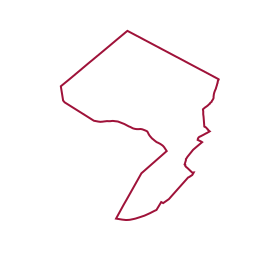 the district of General San Martín, La Rioja, Argentina, rotated 298°
{"feature_id": "61730980B53159304456053", "entity_name": "General San Martín", "entity_type": "district", "adm_level": 2, "iso_a3": "ARG", "parent_name": "Argentina", "parent_adm1": "La Rioja", "projection": "natural_earth1", "projection_center": [-66.186, -31.6], "detail": "fine", "context": "isolated", "style": "outline", "palette": "rose", "viewbox_px": 256, "rotation_deg": 298, "n_neighbors": 0, "source": "geoboundaries", "source_scale": "gbopen_adm2", "svg_char_len": 3647}
<svg xmlns="http://www.w3.org/2000/svg" viewBox="0 0 256 256"><g transform="rotate(298 128 128)"><path d="M133.3,49.1L121.8,57.8L120.9,60.0L119.0,86.3L118.4,94.4L118.6,95.2L118.9,96.0L119.1,96.8L119.4,97.6L119.6,98.4L119.9,99.2L120.2,100.0L120.5,100.8L121.0,101.5L121.4,102.2L121.9,102.9L122.4,103.6L122.9,104.3L123.3,104.9L123.8,105.6L124.3,106.3L124.6,107.1L125.0,107.8L125.4,108.6L125.8,109.3L126.3,110.0L126.8,110.7L127.2,111.4L127.5,112.2L127.8,113.0L128.1,113.8L128.4,114.5L128.7,115.3L129.0,116.1L129.1,117.0L129.2,117.8L129.3,118.6L129.4,119.5L129.5,120.3L129.6,121.2L129.7,122.0L129.8,122.9L129.8,123.7L129.8,124.6L129.8,125.4L129.8,126.2L129.8,127.1L129.8,127.9L129.9,128.8L130.0,129.6L130.0,130.5L130.0,131.3L130.0,132.2L130.1,133.0L130.3,133.8L130.5,134.6L130.8,135.4L131.1,136.2L131.5,137.0L131.9,137.7L132.3,138.5L132.8,139.1L133.1,139.9L133.4,140.7L133.6,141.5L133.7,142.4L133.8,143.2L133.9,144.1L134.0,144.9L134.0,145.8L134.0,146.6L133.6,147.3L133.1,148.0L132.6,148.7L132.1,149.4L131.7,150.1L131.3,150.9L131.0,151.6L130.7,152.4L130.4,153.2L130.1,154.0L129.9,154.8L129.8,155.6L129.6,156.5L129.4,157.3L129.3,158.1L129.1,159.0L129.0,159.8L129.0,160.6L129.1,161.5L129.1,162.3L129.1,163.2L129.1,164.0L129.0,164.9L128.9,165.7L128.8,166.6L128.6,167.4L128.3,168.2L128.0,169.0L127.6,169.7L127.2,170.4L126.8,171.2L126.4,171.9L125.8,173.0L94.3,161.1L72.3,160.6L64.1,160.4L58.2,160.2L42.4,160.0L44.4,165.9L45.8,169.4L46.1,170.0L46.5,170.6L46.6,170.8L47.5,172.2L47.8,172.7L50.2,175.6L51.6,177.2L55.4,180.9L57.1,182.5L57.8,183.2L59.1,184.3L59.5,184.6L60.8,185.6L62.5,186.9L63.0,187.3L67.3,190.3L69.0,191.6L78.2,192.1L78.2,194.3L84.4,197.5L88.2,198.4L97.7,200.7L112.5,204.3L113.8,205.3L114.0,205.3L116.6,206.8L118.5,206.9L119.6,206.9L118.9,205.8L118.8,205.5L120.7,198.8L120.7,198.3L120.8,197.9L120.9,197.5L121.2,197.1L121.5,196.2L122.4,195.8L122.4,195.1L123.5,194.9L127.0,194.2L127.7,193.7L127.8,193.7L128.2,193.8L128.5,193.9L130.4,194.0L135.6,195.0L139.3,195.7L143.4,197.3L150.3,200.1L150.4,199.2L150.3,197.0L150.2,195.1L150.6,195.0L150.9,194.9L151.2,194.8L151.5,194.7L151.8,194.7L152.2,194.7L152.5,194.8L152.9,194.8L153.3,195.0L153.8,195.2L153.9,195.3L154.1,195.5L154.3,195.6L154.5,195.8L154.8,196.0L155.0,196.2L155.2,196.3L155.4,196.4L155.7,196.6L156.0,196.8L156.2,197.0L156.5,197.2L156.8,197.4L157.1,197.6L158.6,198.6L159.6,199.2L159.7,199.3L159.8,199.4L160.0,199.5L160.3,199.8L160.5,199.9L160.8,200.1L161.1,200.3L161.3,200.4L161.5,200.5L161.9,200.8L162.1,200.9L162.3,201.1L162.6,201.2L162.7,201.3L162.9,201.4L163.4,201.7L163.5,201.1L163.7,200.3L163.9,199.6L164.0,199.6L164.1,199.3L164.2,199.2L164.3,198.9L164.3,198.7L164.5,198.4L164.6,198.0L164.7,197.7L164.8,197.4L164.9,197.2L165.0,196.8L165.1,196.4L165.2,196.0L165.2,195.7L165.0,195.1L165.1,194.7L172.2,190.2L173.6,189.3L175.4,188.0L176.7,187.3L177.7,186.8L178.6,186.2L179.3,185.6L179.7,185.4L182.1,186.3L184.2,187.4L185.8,188.1L186.7,188.3L188.0,188.9L188.8,188.8L190.0,189.4L190.2,189.5L191.5,189.4L192.1,189.5L192.3,189.5L193.5,189.6L194.5,189.5L194.8,189.4L196.3,188.6L196.6,188.6L197.0,188.4L198.0,188.0L198.4,187.9L198.8,187.8L199.5,187.6L200.1,187.5L200.7,187.4L201.4,187.3L202.2,187.2L202.6,187.2L203.1,187.2L203.7,187.1L204.2,187.1L204.7,186.9L205.9,186.7L207.4,186.4L207.7,186.4L207.9,186.3L208.2,186.2L208.6,186.1L209.3,186.0L209.7,186.0L210.0,185.9L210.2,185.7L210.6,185.6L211.0,185.6L211.3,185.4L211.6,185.3L211.9,185.2L212.0,185.2L212.4,185.2L212.5,185.3L212.8,185.3L213.1,185.3L213.3,185.3L213.5,185.3L213.6,185.2L213.6,156.4L213.6,155.5L213.5,81.9L211.9,81.2L200.4,76.5L186.3,70.8L166.1,62.5L144.3,53.7L133.3,49.1Z" fill="none" stroke="#9f1239" stroke-width="2"/></g></svg>